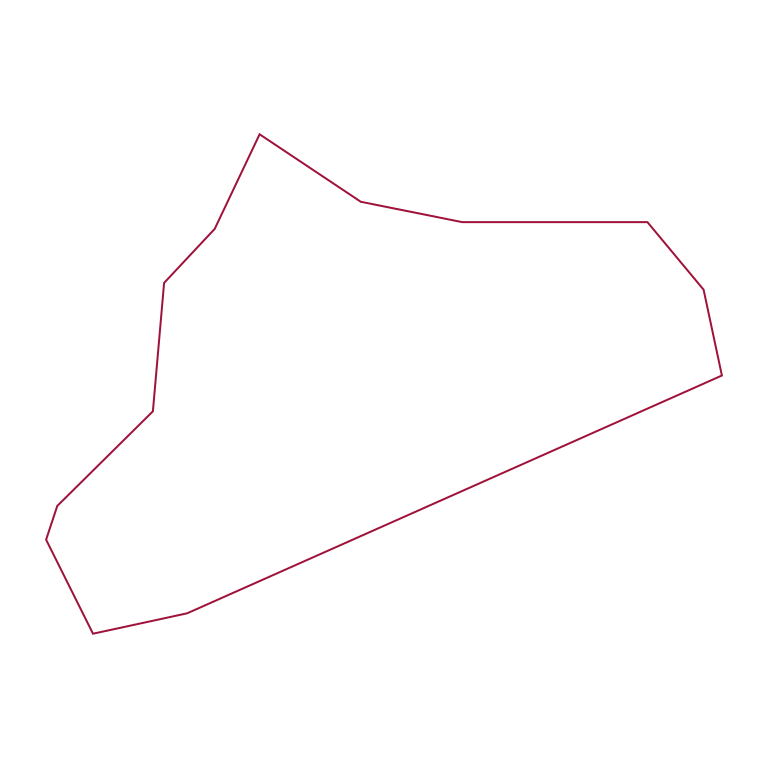 Għajnsielem, Robinson projection
{"feature_id": "MLT-5987", "entity_name": "Għajnsielem", "entity_type": "state/province", "adm_level": 1, "iso_a3": "MLT", "parent_name": "Malta", "parent_adm1": "", "projection": "robinson", "projection_center": [14.284, 36.025], "detail": "fine", "context": "isolated", "style": "outline", "palette": "rose", "viewbox_px": 768, "rotation_deg": 0, "n_neighbors": 0, "source": "natural_earth", "source_scale": "10m", "svg_char_len": 292}
<svg xmlns="http://www.w3.org/2000/svg" viewBox="0 0 768 768"><path d="M721.9,375.5L187.1,613.3L93.0,633.7L46.1,539.7L57.3,505.9L152.9,411.3L164.1,282.9L214.7,228.9L259.6,134.3L360.8,201.8L462.0,222.1L647.4,222.1L703.6,289.7L721.9,375.5Z" fill="none" stroke="#9f1239" stroke-width="2"/></svg>